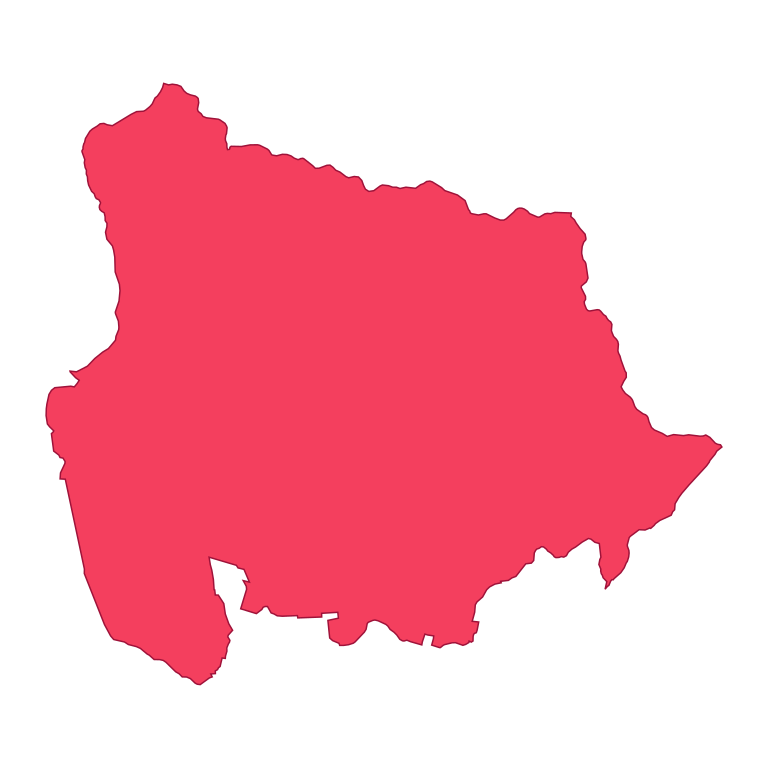 the district of Borod, Bihor, Romania
{"feature_id": "2599482B12708100552042", "entity_name": "Borod", "entity_type": "district", "adm_level": 2, "iso_a3": "ROU", "parent_name": "Romania", "parent_adm1": "Bihor", "projection": "mercator", "projection_center": [22.631, 47.019], "detail": "fine", "context": "isolated", "style": "filled", "palette": "rose", "viewbox_px": 768, "rotation_deg": 0, "n_neighbors": 0, "source": "geoboundaries", "source_scale": "gbopen_adm2", "svg_char_len": 6047}
<svg xmlns="http://www.w3.org/2000/svg" viewBox="0 0 768 768"><path d="M182.2,676.9L186.6,677.0L190.4,678.6L195.1,683.1L197.2,684.2L200.2,684.6L209.4,677.9L212.2,676.9L210.8,674.0L215.4,673.6L215.3,670.9L217.5,669.7L218.5,667.7L220.1,666.5L222.1,658.0L225.3,658.4L225.5,656.0L226.9,651.2L226.8,647.9L228.4,643.9L229.5,642.1L229.9,640.3L227.8,636.9L228.2,635.2L232.6,630.3L228.8,623.8L225.3,614.0L223.8,603.6L218.3,595.1L215.3,595.0L214.7,589.9L214.1,589.8L213.4,579.6L211.8,570.2L210.3,564.7L209.1,557.2L236.4,565.3L238.0,567.9L244.0,569.4L249.4,582.1L243.2,580.6L246.3,586.3L246.6,589.3L240.7,608.8L256.4,613.6L261.9,609.4L263.1,607.3L265.0,606.5L267.5,606.5L271.1,612.9L274.1,614.0L277.2,615.8L282.4,616.2L297.4,615.6L297.8,617.9L321.7,617.0L321.6,613.3L337.8,612.3L338.4,618.2L327.9,620.4L329.7,638.0L332.6,640.6L339.0,643.3L339.7,645.4L343.6,645.4L348.6,644.7L353.3,643.2L355.1,641.9L364.3,632.2L366.1,629.3L367.2,623.6L368.2,622.3L372.8,620.4L374.9,620.0L378.2,620.8L385.9,624.4L387.8,626.0L390.1,629.4L394.0,632.2L396.8,635.0L399.8,639.3L402.4,640.8L404.0,641.0L406.9,640.2L410.6,641.7L421.8,644.9L422.3,642.0L424.9,634.1L427.7,635.0L433.7,635.9L433.4,638.8L431.7,645.1L439.5,647.6L440.4,647.6L443.2,645.3L444.6,644.6L452.1,642.8L455.5,642.7L462.9,645.3L465.7,644.4L468.9,642.5L469.1,641.1L471.3,642.1L473.0,641.0L473.1,636.6L473.6,634.5L474.4,633.4L476.3,632.7L477.2,629.9L478.7,622.0L472.2,621.3L474.7,612.2L475.3,604.8L477.0,601.9L482.6,597.0L486.7,589.7L489.6,586.9L494.9,584.1L501.2,582.8L500.6,581.3L508.4,580.4L511.9,577.9L515.9,576.4L525.8,563.8L531.4,563.1L533.7,560.5L534.3,552.9L535.6,550.4L536.7,549.1L539.1,548.3L541.4,546.7L543.5,546.9L546.4,549.2L547.7,551.0L550.7,552.9L553.4,555.4L554.1,556.6L555.5,557.5L556.7,557.6L559.2,557.4L561.2,556.6L563.8,557.1L566.4,555.7L568.3,552.2L571.9,549.1L575.6,547.0L582.3,542.0L588.4,538.5L590.9,539.1L594.9,542.3L599.3,543.5L600.9,557.2L599.8,559.6L598.9,564.5L600.8,569.1L600.7,571.1L601.3,573.7L602.3,575.2L603.1,577.7L606.8,581.6L605.1,589.2L607.4,586.4L608.9,585.4L610.7,581.0L612.0,579.6L613.2,579.8L614.1,578.6L620.8,572.7L624.2,567.8L626.2,563.0L627.3,561.4L628.7,556.9L629.1,553.1L628.9,550.5L627.3,546.0L627.3,544.7L629.2,537.6L630.2,536.4L639.1,529.7L645.1,530.0L649.8,528.0L650.7,528.4L654.2,525.3L655.5,523.6L659.9,520.4L671.2,515.2L672.7,511.7L674.6,509.8L675.1,503.7L678.9,497.3L681.8,493.3L689.1,484.8L706.6,465.8L709.2,462.2L709.9,460.5L715.0,454.3L716.7,451.2L721.9,447.0L720.5,444.8L717.6,444.3L715.3,443.2L709.9,437.4L705.8,435.0L703.2,436.0L700.1,436.2L688.7,434.8L683.5,435.6L673.6,434.6L667.2,436.4L662.3,433.4L654.4,430.0L651.5,427.5L649.0,421.7L647.9,417.4L647.0,416.0L645.6,414.8L643.0,413.8L636.7,409.3L634.8,406.5L632.6,400.4L631.7,398.9L630.3,397.2L625.4,393.5L622.9,390.2L621.1,386.8L623.8,381.2L626.3,377.3L626.2,372.8L625.0,371.0L621.1,360.2L620.0,356.1L618.6,353.3L617.9,350.9L618.4,344.4L617.8,341.5L616.4,339.3L613.6,336.4L612.0,332.5L611.4,330.6L611.9,324.4L610.7,321.9L608.5,320.3L607.0,318.4L605.9,316.2L603.5,314.6L600.7,311.2L599.1,309.9L597.2,309.7L589.7,311.0L588.0,310.6L586.5,309.2L584.5,304.2L584.2,301.7L585.6,299.3L585.5,296.3L581.2,287.7L581.4,286.0L586.3,281.9L588.0,278.1L585.9,263.9L585.3,262.2L583.0,259.4L581.7,253.6L581.7,251.7L582.2,246.5L583.7,242.2L585.8,239.7L585.9,238.3L585.1,234.2L580.1,228.6L576.1,222.9L574.4,219.8L570.8,216.5L571.3,213.0L554.8,212.4L550.8,213.7L547.4,213.4L544.8,213.9L539.6,217.0L537.9,217.2L529.5,213.6L527.5,211.2L524.2,209.0L521.9,208.2L519.7,208.1L517.8,208.5L515.8,209.8L513.7,212.2L506.2,218.8L503.8,220.1L500.4,220.1L494.8,218.0L486.2,213.8L483.8,213.8L478.4,215.0L471.8,213.7L470.4,213.0L469.6,210.8L468.5,209.6L465.1,200.6L457.5,195.0L444.8,190.6L441.6,187.6L432.3,181.9L429.9,181.1L426.6,181.5L423.6,183.6L420.6,184.7L415.6,188.3L405.9,187.2L400.0,188.5L396.4,187.2L392.7,187.2L388.6,185.7L382.4,185.0L380.1,186.0L373.8,190.7L368.8,191.4L365.4,189.2L363.6,185.5L361.8,180.5L358.5,177.0L354.2,176.5L348.7,177.8L346.0,176.7L340.0,172.1L335.7,170.2L333.1,167.4L330.0,165.1L326.9,165.3L319.1,168.2L315.3,168.3L312.8,165.8L303.8,158.7L302.8,158.3L300.6,158.6L298.8,159.5L297.6,159.5L294.3,158.2L291.0,155.9L287.0,154.5L282.4,154.3L276.7,155.8L272.4,155.1L271.6,154.7L269.0,150.5L267.4,149.1L259.7,145.3L257.6,144.8L250.1,144.9L241.5,146.5L231.1,146.3L229.9,147.3L229.7,148.9L229.2,149.4L227.5,149.6L226.9,147.1L226.8,143.7L225.5,140.6L225.3,138.7L225.8,135.2L226.5,133.6L227.1,127.8L226.6,126.2L225.0,123.4L219.8,119.8L218.3,119.2L206.4,117.8L202.9,116.4L201.1,113.7L198.3,111.5L197.7,110.2L197.5,108.9L198.7,102.7L198.2,98.6L197.5,97.6L195.4,96.1L190.2,94.8L186.7,93.3L184.0,90.9L180.9,86.4L177.1,84.9L172.3,84.2L168.6,84.9L163.7,83.4L162.6,87.5L160.5,91.7L157.4,96.1L155.0,98.0L152.3,103.8L150.0,106.5L145.5,110.2L143.5,111.2L136.6,111.6L131.2,114.3L112.4,125.7L107.2,124.8L103.9,123.4L100.1,123.8L97.2,126.1L92.4,129.0L89.9,131.2L85.5,138.4L84.5,142.6L83.8,143.8L83.0,147.0L83.0,148.9L82.0,150.7L82.0,151.7L84.8,159.6L84.3,162.8L85.2,167.7L86.4,170.1L86.3,174.0L87.4,176.7L87.7,180.8L88.6,185.0L91.6,191.3L94.2,193.7L95.2,196.8L96.3,198.6L98.9,199.8L100.5,202.4L100.4,203.5L99.5,205.4L99.3,207.3L99.9,209.6L101.7,211.3L104.2,212.8L105.1,216.7L105.2,220.6L107.0,223.3L106.9,226.8L105.5,232.2L106.9,239.2L112.4,245.9L113.6,250.1L114.8,257.2L115.2,272.0L119.4,284.2L120.0,290.7L119.0,301.1L115.3,312.1L115.5,313.6L118.4,321.1L118.9,327.2L118.7,329.6L116.0,336.3L115.5,340.2L108.4,348.6L102.7,352.1L94.8,358.5L87.4,366.2L76.5,371.8L70.0,371.1L70.2,371.9L75.6,377.7L79.2,380.3L77.2,383.4L74.3,386.9L70.8,386.2L54.8,387.7L51.5,390.3L49.0,394.4L46.9,404.1L46.3,408.7L46.1,415.6L47.4,424.0L49.7,426.9L53.8,430.9L52.8,432.4L51.4,433.6L53.7,451.1L58.9,455.1L60.0,457.5L63.0,458.1L65.1,461.5L64.9,463.5L60.5,472.9L60.1,478.9L65.3,479.2L84.4,569.0L84.3,573.5L104.5,624.6L110.6,635.9L113.7,639.5L124.5,642.0L128.3,644.5L136.4,646.6L140.4,648.4L147.1,654.0L149.3,655.2L154.1,659.5L159.7,659.6L163.2,660.4L165.9,662.2L175.7,671.8L179.2,673.8L182.2,676.9Z" fill="#f43f5e" stroke="#9f1239" stroke-width="1.5"/></svg>